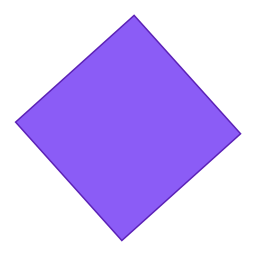 Hemphill, Texas, United States of America (Natural Earth projection), rotated 228°
{"feature_id": "52423323B21915580186486", "entity_name": "Hemphill", "entity_type": "district", "adm_level": 2, "iso_a3": "USA", "parent_name": "United States of America", "parent_adm1": "Texas", "projection": "natural_earth1", "projection_center": [-100.18, 35.838], "detail": "fine", "context": "isolated", "style": "filled", "palette": "violet", "viewbox_px": 256, "rotation_deg": 228, "n_neighbors": 0, "source": "geoboundaries", "source_scale": "gbopen_adm2", "svg_char_len": 239}
<svg xmlns="http://www.w3.org/2000/svg" viewBox="0 0 256 256"><g transform="rotate(228 128 128)"><path d="M207.6,207.9L207.6,112.2L207.6,48.4L48.5,48.1L48.4,207.8L207.6,207.9Z" fill="#8b5cf6" stroke="#5b21b6" stroke-width="1.5"/></g></svg>